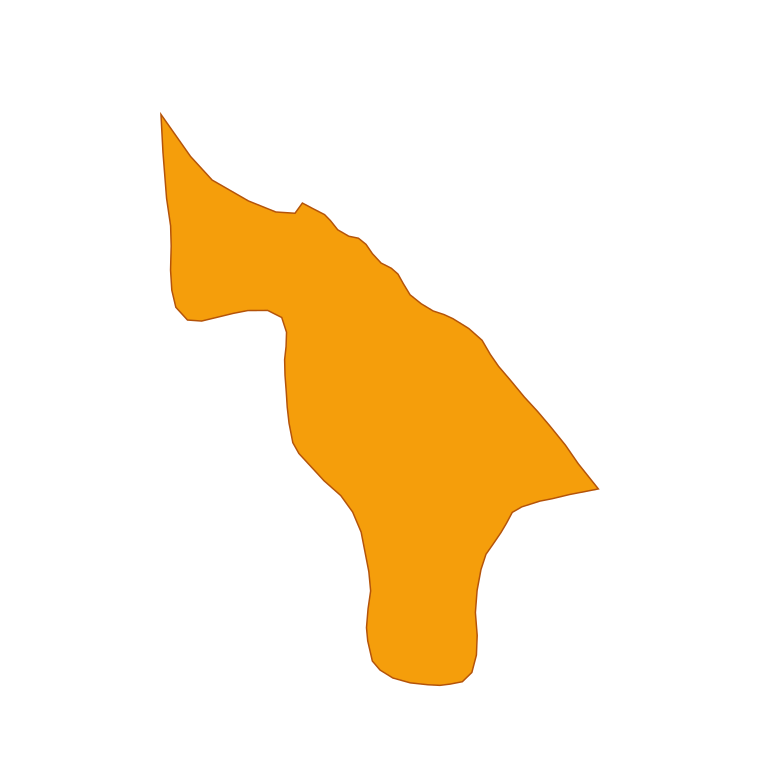 the district of Louetsi-Wano, Ngounié, Gabon, rotated 169°
{"feature_id": "22940354B18924798450478", "entity_name": "Louetsi-Wano", "entity_type": "district", "adm_level": 2, "iso_a3": "GAB", "parent_name": "Gabon", "parent_adm1": "Ngounié", "projection": "robinson", "projection_center": [11.582, -2.167], "detail": "fine", "context": "isolated", "style": "filled", "palette": "amber", "viewbox_px": 768, "rotation_deg": 169, "n_neighbors": 0, "source": "geoboundaries", "source_scale": "gbopen_adm2", "svg_char_len": 1279}
<svg xmlns="http://www.w3.org/2000/svg" viewBox="0 0 768 768"><g transform="rotate(169 384 384)"><path d="M551.5,691.2L556.8,653.4L562.0,607.8L563.3,579.9L566.6,560.0L571.8,536.5L574.4,516.6L573.7,499.0L564.7,484.3L551.0,480.6L535.4,481.3L518.5,482.1L503.6,482.1L484.1,478.4L471.7,468.8L469.8,453.4L473.0,439.4L476.9,426.9L479.5,411.5L481.5,394.5L483.4,379.8L484.7,363.6L484.7,343.8L480.8,332.0L461.3,300.4L447.7,282.7L439.2,264.3L434.7,243.0L434.7,222.4L434.7,202.6L436.6,183.4L442.5,166.5L447.7,148.1L449.0,134.9L448.3,114.3L442.5,104.0L431.4,93.7L415.2,85.6L398.3,80.4L386.6,77.5L376.3,76.8L376.2,76.8L363.9,76.8L352.8,84.1L345.0,100.3L340.5,119.4L337.9,142.2L332.0,163.6L324.2,183.4L316.4,197.4L308.0,205.5L297.6,215.8L290.4,223.9L282.6,233.5L272.2,237.1L253.4,239.3L241.0,239.3L222.8,240.1L193.6,240.1L208.6,268.8L217.6,289.4L229.3,311.4L238.4,327.6L248.8,344.5L259.2,363.6L268.2,379.5L274.0,392.7L279.4,408.2L290.2,422.3L303.9,435.0L311.8,440.7L321.8,446.3L332.2,455.7L341.4,466.6L345.9,478.8L349.3,489.2L354.7,496.2L363.8,503.3L370.5,514.1L375.0,524.5L381.3,532.0L390.4,535.8L400.0,544.2L405.4,554.6L410.0,561.6L420.8,570.1L429.6,577.2L438.8,568.6L457.4,573.5L482.2,589.6L513.8,617.0L530.5,644.3L551.5,691.2Z" fill="#f59e0b" stroke="#b45309" stroke-width="1.5"/></g></svg>